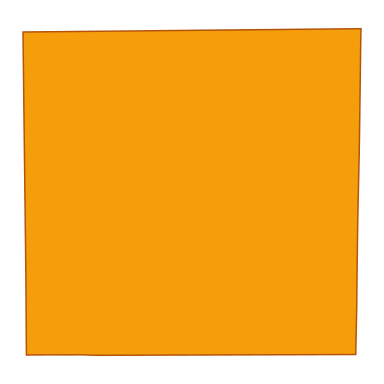 Randolph, Indiana, United States of America (Albers equal-area conic projection)
{"feature_id": "52423323B64945825583977", "entity_name": "Randolph", "entity_type": "district", "adm_level": 2, "iso_a3": "USA", "parent_name": "United States of America", "parent_adm1": "Indiana", "projection": "albers", "projection_center": [-84.948, 40.157], "detail": "fine", "context": "isolated", "style": "filled", "palette": "amber", "viewbox_px": 384, "rotation_deg": 0, "n_neighbors": 0, "source": "geoboundaries", "source_scale": "gbopen_adm2", "svg_char_len": 373}
<svg xmlns="http://www.w3.org/2000/svg" viewBox="0 0 384 384"><path d="M25.9,277.5L26.4,355.0L36.2,354.9L81.7,354.8L97.3,355.3L355.7,354.5L356.4,323.4L356.7,307.6L357.2,260.9L357.4,245.4L357.7,224.2L357.7,222.1L358.9,167.5L359.2,154.5L359.3,148.4L359.7,121.0L360.8,36.8L361.0,28.7L23.0,32.0L23.9,108.7L25.9,277.5Z" fill="#f59e0b" stroke="#b45309" stroke-width="1.5"/></svg>